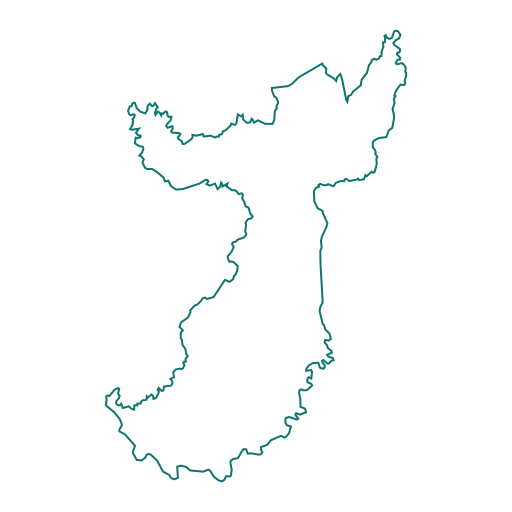 the district of Lages, Santa Catarina, Brazil
{"feature_id": "56859067B78691306233134", "entity_name": "Lages", "entity_type": "district", "adm_level": 2, "iso_a3": "BRA", "parent_name": "Brazil", "parent_adm1": "Santa Catarina", "projection": "natural_earth1", "projection_center": [-50.368, -28.001], "detail": "fine", "context": "isolated", "style": "outline", "palette": "teal", "viewbox_px": 512, "rotation_deg": 0, "n_neighbors": 0, "source": "geoboundaries", "source_scale": "gbopen_adm2", "svg_char_len": 6051}
<svg xmlns="http://www.w3.org/2000/svg" viewBox="0 0 512 512"><path d="M405.8,67.6L403.3,63.9L402.0,63.2L396.6,64.2L395.7,63.0L397.7,59.6L399.9,59.7L400.2,57.7L397.0,54.5L397.3,52.8L399.3,52.4L400.2,50.7L399.7,48.7L394.5,45.1L393.4,43.1L395.9,40.1L399.1,38.4L400.4,34.9L397.9,31.1L395.3,30.7L394.0,31.9L392.0,37.6L390.9,38.4L389.0,38.9L387.1,37.7L385.7,35.2L384.5,36.2L385.2,38.0L384.9,42.2L382.9,42.5L383.4,46.3L381.5,52.1L381.5,56.1L379.8,56.3L379.2,58.3L376.2,59.8L374.7,58.8L372.1,59.7L371.0,62.7L369.1,64.8L367.0,72.8L361.6,79.9L360.7,85.4L353.2,91.4L351.1,94.7L348.2,96.4L347.3,101.7L346.3,100.1L342.1,79.2L340.3,74.0L337.1,77.3L336.2,81.0L333.7,78.3L326.8,74.1L325.8,72.5L326.3,68.4L322.9,65.3L322.3,63.5L298.6,77.4L291.7,84.2L288.1,86.1L271.8,88.0L272.1,90.8L274.1,96.1L276.3,97.8L278.0,101.6L278.0,103.2L276.5,106.1L276.7,108.5L274.9,110.9L274.2,120.1L272.5,123.9L265.0,123.8L257.8,120.3L254.0,122.7L252.7,119.6L251.5,118.8L250.3,122.3L246.8,122.8L243.1,119.4L242.7,114.8L241.2,116.3L237.9,114.5L236.3,123.6L235.0,124.9L231.3,123.6L230.6,125.5L225.6,130.3L223.0,131.3L221.8,134.3L219.0,134.9L218.8,136.7L216.3,136.6L214.9,137.5L210.6,135.7L203.7,136.5L202.9,134.1L196.4,135.7L192.4,134.9L192.6,137.2L191.5,139.1L184.6,143.9L182.6,144.0L181.5,140.7L178.6,139.1L177.8,137.6L180.4,134.1L178.9,133.0L172.5,132.7L171.1,131.6L172.9,128.2L172.3,126.2L167.6,127.8L166.2,126.2L166.9,124.3L170.7,120.2L171.4,116.7L168.8,117.0L167.5,115.4L167.1,112.3L165.5,111.4L163.2,113.7L161.7,113.4L161.2,115.5L159.5,112.6L157.8,111.6L155.6,114.9L154.9,112.9L156.3,108.6L157.8,107.2L154.9,103.1L153.4,105.8L151.9,106.1L149.9,103.6L148.2,105.2L147.3,107.4L147.7,109.1L145.3,113.4L140.2,111.6L136.7,108.1L134.9,102.9L133.6,102.7L132.3,103.8L131.5,106.3L129.8,106.3L128.1,110.6L129.2,114.2L130.9,115.3L132.7,114.3L134.7,114.9L134.2,117.5L132.4,119.3L133.2,121.0L132.4,122.5L132.9,124.1L130.1,129.2L132.0,129.8L139.0,128.6L135.9,132.7L137.9,135.3L140.5,135.6L140.5,137.2L137.1,138.2L135.7,137.7L134.9,143.3L139.3,146.2L142.7,146.7L143.4,148.7L142.2,152.3L139.3,155.6L141.3,156.3L143.8,159.4L142.4,162.5L145.1,167.9L147.2,169.0L152.2,169.0L157.3,172.3L163.5,177.5L165.0,181.5L168.3,180.7L171.2,186.4L176.1,189.5L182.7,189.1L199.6,183.5L205.1,180.0L207.6,180.1L208.4,181.5L206.5,184.1L209.7,185.6L215.1,183.6L217.6,189.1L220.1,186.7L221.1,182.6L222.3,184.2L222.6,186.5L227.4,183.6L226.5,186.2L231.9,190.2L234.7,190.2L236.5,191.3L238.6,194.1L241.8,193.3L242.9,195.2L242.2,198.4L244.4,202.2L245.6,206.4L248.4,207.5L250.5,213.8L252.7,216.5L251.5,218.2L247.9,219.2L245.5,222.9L246.2,225.0L245.2,231.1L246.2,234.0L245.7,235.6L243.4,237.8L238.2,239.4L235.6,241.6L232.7,242.5L232.0,243.9L233.7,247.0L231.6,251.7L228.1,255.7L227.6,257.9L229.4,261.8L231.6,261.4L233.8,262.2L237.8,266.2L237.1,271.0L235.2,275.1L233.9,276.0L233.2,279.1L229.7,281.8L224.9,279.9L213.7,297.0L206.9,299.0L204.8,297.5L202.2,298.6L201.2,300.7L197.3,304.6L195.1,305.3L190.2,310.3L190.6,312.0L187.8,317.7L181.1,322.3L179.5,326.9L182.9,330.5L181.4,331.7L180.7,333.6L180.7,338.0L181.9,339.9L182.4,344.6L185.5,349.3L186.3,354.1L187.7,356.2L185.6,358.5L185.7,361.8L184.2,361.7L183.2,363.2L184.5,365.1L182.9,368.2L181.4,369.3L179.7,368.5L175.8,369.5L173.2,372.1L174.0,377.2L170.4,378.9L172.3,381.6L172.3,383.6L171.1,385.6L164.0,386.5L163.4,390.4L161.8,391.0L158.6,387.9L157.6,390.1L158.9,391.3L158.5,393.3L155.9,398.1L153.4,398.8L153.2,396.1L151.5,394.5L147.8,397.6L146.8,396.5L146.7,398.8L145.7,400.0L142.7,400.3L141.3,401.4L140.6,403.5L137.4,403.5L137.3,405.3L134.3,405.3L134.2,409.6L131.2,408.6L128.8,406.3L122.8,408.0L121.2,403.8L120.0,405.1L118.4,405.4L116.9,404.4L116.0,403.1L116.4,401.1L119.2,397.8L119.6,395.7L118.0,393.5L119.2,388.9L117.9,388.1L114.6,389.7L109.3,396.1L107.7,395.4L106.2,396.4L106.6,400.2L105.8,404.4L106.6,406.0L114.5,412.5L119.5,418.6L121.6,423.5L121.9,425.5L119.5,429.3L119.4,431.4L124.8,434.2L135.0,445.8L133.1,451.3L133.1,453.4L136.8,460.0L141.6,460.4L145.1,457.8L146.5,455.0L147.9,454.1L150.4,454.3L157.1,460.6L163.0,471.6L169.1,474.8L171.0,477.9L174.2,479.3L177.9,477.8L177.2,466.7L180.7,465.6L185.9,466.9L190.4,470.5L203.3,471.6L208.4,469.6L209.8,470.3L214.1,477.0L219.0,480.6L222.1,481.3L223.9,480.3L226.2,476.1L230.0,476.5L230.9,475.5L231.7,469.6L230.4,463.0L230.8,460.8L233.2,459.0L238.0,458.1L242.6,450.0L244.1,449.0L246.2,449.4L247.8,453.7L250.4,453.3L259.3,454.7L261.3,453.9L262.3,452.3L260.8,449.2L261.0,447.1L267.2,444.8L270.8,440.3L281.1,435.8L284.2,437.6L285.7,437.0L289.0,433.3L290.9,426.6L286.9,425.2L285.5,423.0L285.3,419.8L285.9,417.8L289.2,417.0L296.9,419.6L298.3,418.7L295.4,414.9L296.1,413.2L299.9,414.6L306.0,412.3L305.2,408.7L300.5,406.8L300.3,398.5L298.9,392.5L299.8,389.9L301.7,389.4L303.4,390.3L306.9,390.2L312.2,385.5L311.4,383.9L307.4,382.2L307.3,380.6L307.4,378.8L308.7,377.2L311.3,378.6L312.0,372.0L311.2,370.1L306.1,370.7L306.4,368.6L308.7,365.6L312.8,363.1L318.3,362.8L320.0,367.8L323.2,368.8L324.8,367.3L324.7,365.2L322.3,362.3L322.2,360.8L323.3,360.0L327.5,363.6L328.8,363.6L331.4,360.7L333.6,360.4L332.9,358.1L328.5,356.8L327.1,354.8L331.8,352.7L331.4,350.9L327.8,348.0L326.6,344.5L325.2,343.4L324.7,341.8L325.2,339.9L328.5,340.6L330.8,339.1L329.5,333.6L325.2,329.3L323.9,324.9L322.7,324.0L319.6,311.0L320.3,307.1L322.7,302.4L320.5,263.6L320.3,251.0L321.7,247.5L320.9,240.8L322.0,236.4L326.5,226.9L327.4,223.1L322.6,212.6L322.6,210.8L317.7,208.3L314.3,201.5L313.9,191.1L316.0,187.8L319.2,186.7L318.3,185.2L320.2,183.9L323.9,185.3L326.8,185.1L328.0,184.1L333.3,186.3L336.1,182.6L340.7,181.1L344.2,181.1L344.6,179.4L346.3,178.9L349.3,181.0L356.7,179.6L358.0,178.6L359.2,180.2L364.0,179.2L365.4,175.2L366.7,176.3L371.8,171.6L373.0,172.7L374.7,171.9L376.8,163.9L376.3,158.9L377.3,156.8L375.2,153.7L375.8,152.3L375.0,150.2L372.9,147.2L372.7,143.0L373.4,141.0L378.8,138.0L386.3,137.1L388.8,130.4L392.3,127.8L394.0,118.4L393.9,114.5L392.5,109.2L394.6,102.7L393.7,98.8L395.5,96.2L394.4,95.6L395.9,91.1L398.3,87.4L400.6,84.6L404.2,85.1L405.2,83.2L404.6,81.0L406.1,76.4L406.2,72.9L405.2,71.6L405.8,67.6Z" fill="none" stroke="#0f766e" stroke-width="2"/></svg>